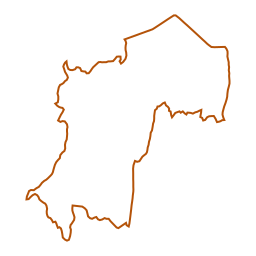 Tabocão, Tocantins, Brazil
{"feature_id": "56859067B31909496494613", "entity_name": "Tabocão", "entity_type": "district", "adm_level": 2, "iso_a3": "BRA", "parent_name": "Brazil", "parent_adm1": "Tocantins", "projection": "equal_earth", "projection_center": [-48.562, -9.085], "detail": "fine", "context": "isolated", "style": "outline", "palette": "amber", "viewbox_px": 256, "rotation_deg": 0, "n_neighbors": 0, "source": "geoboundaries", "source_scale": "gbopen_adm2", "svg_char_len": 3581}
<svg xmlns="http://www.w3.org/2000/svg" viewBox="0 0 256 256"><path d="M211.4,47.0L208.7,45.0L207.2,43.8L204.8,41.5L203.0,39.9L196.2,33.6L187.7,25.8L184.2,22.7L179.2,18.1L175.7,15.4L173.8,15.4L167.9,19.2L164.0,21.8L154.9,27.8L152.5,29.3L124.6,39.4L125.6,41.0L126.2,43.1L125.7,45.5L125.5,47.8L125.6,50.1L126.2,52.6L126.4,55.6L125.5,58.8L123.2,61.9L121.0,63.6L119.6,61.2L120.7,59.6L120.5,56.6L118.9,56.5L116.8,56.7L115.0,59.0L113.1,61.1L110.2,61.4L108.3,61.4L106.2,62.2L103.9,62.2L102.0,62.3L100.4,62.0L98.6,62.2L93.1,67.3L91.5,69.5L90.5,71.1L88.7,73.2L86.6,73.3L85.4,71.6L83.4,71.4L81.4,71.0L80.1,68.1L78.2,67.3L76.5,67.3L75.2,69.2L72.6,70.1L70.3,70.0L68.4,69.0L67.4,66.4L66.8,64.2L66.5,61.4L65.1,62.6L64.0,64.5L63.3,66.6L64.2,69.1L65.0,71.8L66.2,73.8L67.2,75.5L67.9,77.6L66.8,79.9L65.0,81.1L63.4,83.1L61.7,84.2L60.1,84.9L58.8,87.3L58.1,90.6L57.5,93.6L58.3,96.4L58.3,99.3L57.8,102.3L55.3,103.6L57.2,105.7L59.3,107.1L60.9,107.6L62.5,107.9L63.8,109.6L62.5,112.3L61.0,114.6L59.7,117.2L58.1,120.5L60.4,121.9L62.5,121.1L64.8,121.4L67.0,124.3L67.5,127.1L67.0,129.2L67.0,131.4L67.2,133.8L67.0,136.4L66.7,139.5L65.5,142.1L65.0,144.8L65.2,148.5L64.4,151.0L62.4,152.5L60.3,155.1L59.8,158.2L58.0,160.0L56.2,162.2L54.9,164.9L54.0,167.9L53.4,170.0L52.9,172.1L52.0,174.0L50.8,175.4L49.5,176.7L48.1,178.1L46.3,179.7L44.2,180.9L42.0,182.8L40.4,185.0L38.8,186.9L36.4,188.2L33.8,190.2L31.0,190.0L29.1,191.0L28.0,193.8L26.9,196.5L26.5,199.4L28.6,199.1L30.5,197.1L32.6,195.2L35.0,194.0L37.2,195.2L38.5,197.0L39.4,199.4L41.3,201.1L43.5,202.7L45.2,203.6L46.4,205.5L47.1,208.7L46.7,211.3L46.8,213.6L47.4,215.8L48.4,217.4L50.4,218.1L51.9,220.1L53.0,222.3L55.4,221.7L56.3,223.4L57.0,225.6L57.9,227.8L59.4,227.2L60.9,228.4L61.7,230.8L62.3,234.0L62.8,237.5L65.0,239.6L67.0,240.6L68.9,239.8L70.1,236.1L70.7,232.6L70.9,229.6L70.1,227.3L70.6,225.0L71.8,223.5L72.9,221.8L74.1,219.9L74.5,217.2L73.7,214.6L73.0,212.7L72.4,210.6L72.3,208.4L72.6,205.5L82.3,206.6L84.8,208.3L86.6,210.3L87.3,213.0L88.1,216.4L90.1,218.2L92.1,218.8L94.4,217.6L96.3,217.0L98.0,219.3L99.8,220.1L102.2,219.5L104.6,218.1L106.4,218.8L108.7,218.8L110.5,221.2L116.6,227.5L118.4,228.1L126.0,222.9L126.6,225.2L128.7,226.5L129.4,223.6L130.0,219.0L130.4,215.8L130.8,212.5L131.2,209.1L131.6,205.2L132.2,201.2L132.6,198.1L132.8,195.6L133.3,191.7L133.4,189.5L133.3,186.9L133.3,184.8L133.3,182.3L133.2,179.1L133.2,176.7L133.2,173.2L133.1,168.6L133.5,165.2L135.0,160.9L137.1,161.8L139.4,161.2L140.8,159.1L142.4,156.7L144.3,155.1L145.9,153.9L146.9,152.3L147.4,150.0L147.7,147.5L148.6,144.8L149.0,141.8L149.9,138.9L150.4,135.9L150.7,132.8L152.0,130.4L152.6,127.0L153.1,123.6L154.0,121.1L154.2,118.5L154.2,115.9L154.6,112.9L155.0,110.2L156.8,108.7L157.5,106.5L159.1,106.4L160.9,105.2L162.8,103.4L164.8,102.5L166.0,105.4L167.9,106.8L169.1,108.5L169.0,110.8L170.6,111.5L171.2,115.2L172.0,117.3L173.8,115.0L175.3,112.9L177.7,112.0L179.5,111.4L180.7,112.7L182.8,111.4L184.7,113.4L186.4,114.5L187.4,112.6L189.0,112.7L190.7,112.9L192.9,113.6L195.3,112.3L197.3,111.8L199.4,110.7L201.3,109.9L201.1,112.4L200.7,114.5L200.3,117.0L202.2,117.9L203.2,120.5L205.2,119.9L207.2,117.2L209.1,116.3L211.3,116.1L213.8,116.0L215.6,118.9L217.0,122.1L219.0,121.7L220.5,121.2L222.1,120.2L224.3,120.0L223.3,117.5L222.5,114.6L222.7,112.1L223.3,109.8L224.2,106.5L225.5,103.0L226.6,99.4L227.2,96.7L227.4,93.7L227.9,89.9L228.8,86.6L229.5,83.6L229.5,80.9L229.3,78.5L229.1,75.9L229.3,73.3L228.8,70.2L229.1,67.1L228.7,64.9L228.7,62.2L228.1,59.7L227.4,56.5L227.6,53.6L227.5,51.2L226.3,48.6L224.9,46.9L221.3,47.0L214.6,47.2L211.4,47.0Z" fill="none" stroke="#b45309" stroke-width="2"/></svg>